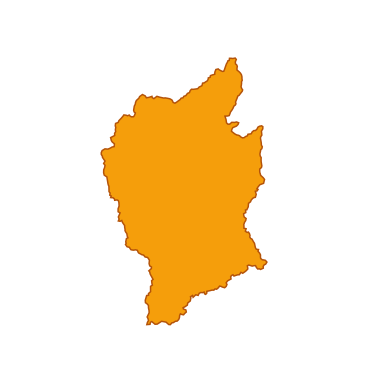 Dom Feliciano, Rio Grande do Sul, Brazil (orthographic projection), rotated 214°
{"feature_id": "56859067B48713778457520", "entity_name": "Dom Feliciano", "entity_type": "district", "adm_level": 2, "iso_a3": "BRA", "parent_name": "Brazil", "parent_adm1": "Rio Grande do Sul", "projection": "orthographic", "projection_center": [-52.217, -30.609], "detail": "fine", "context": "isolated", "style": "filled", "palette": "amber", "viewbox_px": 384, "rotation_deg": 214, "n_neighbors": 0, "source": "geoboundaries", "source_scale": "gbopen_adm2", "svg_char_len": 5312}
<svg xmlns="http://www.w3.org/2000/svg" viewBox="0 0 384 384"><g transform="rotate(214 192 192)"><path d="M231.1,327.2L232.8,325.5L234.4,324.7L235.7,323.8L234.7,321.9L235.6,320.9L235.2,319.3L235.1,317.5L234.2,314.0L233.5,311.5L233.2,309.8L234.3,308.9L237.8,308.5L239.1,308.7L240.7,306.9L240.1,304.2L239.0,302.3L240.7,300.3L241.8,298.8L241.1,297.3L242.3,295.7L241.6,294.4L241.5,292.6L242.2,291.1L242.9,289.3L244.1,288.2L243.2,285.7L244.8,282.9L245.0,280.9L246.8,279.2L248.4,277.8L249.9,276.9L250.2,275.1L249.7,273.0L250.9,271.2L251.0,268.5L252.3,266.7L252.1,265.1L253.5,263.7L253.5,262.1L255.0,257.9L255.8,256.1L257.7,255.7L259.8,257.0L261.7,257.0L263.0,256.7L264.9,255.9L266.9,255.0L267.9,254.1L270.2,253.2L271.9,252.5L274.6,251.7L275.8,248.1L277.7,248.0L278.7,248.9L280.5,246.5L282.5,244.6L284.5,245.5L287.6,245.1L288.8,241.8L288.5,240.4L288.8,238.7L289.3,236.8L288.9,234.7L288.1,233.0L287.9,231.0L286.1,227.1L284.7,226.0L283.2,225.9L282.6,223.8L282.5,221.8L284.1,220.5L285.6,220.3L287.1,220.7L288.0,219.2L289.6,218.8L291.6,217.8L291.6,216.2L291.9,213.7L292.5,210.3L292.1,208.4L293.7,206.1L292.6,203.9L291.4,203.0L290.3,200.7L289.0,199.3L289.0,197.4L287.7,195.6L289.9,191.6L287.6,189.5L285.9,188.8L283.3,188.6L281.9,186.1L283.4,184.6L284.3,182.7L285.7,180.5L288.3,179.1L289.7,176.1L289.2,173.8L288.2,172.4L286.4,171.6L285.5,170.6L283.0,169.6L281.4,169.0L281.2,166.2L279.0,165.5L278.1,163.3L277.6,161.0L276.0,158.5L274.2,156.9L271.0,156.9L266.3,151.9L265.3,151.0L264.1,150.3L261.0,145.9L259.3,145.3L258.4,143.4L256.7,143.5L256.3,141.9L254.1,143.1L252.5,142.9L251.5,141.9L249.7,143.5L248.3,143.7L246.7,142.4L244.6,139.6L243.9,136.8L242.2,134.3L240.0,134.5L239.5,132.3L239.1,130.1L237.3,128.8L236.9,126.8L235.2,127.5L234.3,129.1L232.6,127.9L230.9,127.2L229.1,126.5L228.1,125.1L226.7,123.7L225.9,122.5L224.5,121.7L222.8,121.1L220.8,119.0L219.5,118.2L220.3,116.7L219.7,115.2L219.0,113.5L217.9,112.8L217.8,111.3L215.2,110.3L213.0,111.1L210.5,110.0L209.3,110.4L207.8,111.2L206.5,112.5L204.7,113.1L202.7,111.8L201.5,111.6L200.3,111.9L198.8,111.9L196.8,112.6L194.6,111.9L192.2,112.9L189.2,111.7L187.5,108.6L185.7,107.1L183.7,107.2L182.9,105.8L183.7,102.5L182.5,102.2L180.8,100.6L179.1,99.7L175.4,97.8L175.9,95.9L173.9,93.6L172.8,92.7L173.6,90.6L171.6,87.6L170.6,86.2L171.3,83.5L170.3,82.1L171.7,80.8L170.2,76.1L168.7,74.2L166.9,74.2L164.7,73.6L163.2,71.5L161.4,69.8L160.0,67.9L159.3,63.3L157.6,62.4L156.1,60.9L156.1,59.1L155.3,56.8L152.8,58.8L153.6,60.7L152.9,62.1L148.7,61.7L146.9,63.1L144.9,67.8L140.8,69.6L137.2,69.1L135.8,69.9L135.5,72.3L134.4,73.3L133.5,75.5L132.1,76.7L131.7,78.9L132.2,80.9L133.2,82.7L133.5,84.5L131.8,84.8L130.3,85.5L130.2,87.1L129.6,89.3L131.1,90.8L133.7,90.2L134.7,91.1L133.7,92.8L132.6,95.6L133.5,97.6L132.5,100.7L133.7,103.5L134.7,104.3L133.7,106.5L132.2,105.3L131.4,108.9L129.1,109.7L129.4,112.0L128.5,113.6L126.9,114.5L126.0,115.8L124.6,114.6L123.4,114.8L123.2,116.5L124.2,117.9L121.8,120.4L120.6,121.8L119.0,122.9L118.7,124.5L117.2,125.2L116.6,127.3L116.5,129.4L115.2,130.0L113.9,130.1L111.4,130.9L110.9,132.8L111.3,134.9L112.9,135.8L112.8,138.2L111.7,140.4L111.0,141.7L112.6,143.4L112.5,144.9L111.8,146.3L110.2,145.8L109.1,147.3L107.9,148.8L106.5,149.9L106.5,152.8L104.5,153.0L103.6,155.3L103.0,157.2L102.7,159.4L103.6,160.5L104.9,161.8L104.1,163.2L102.2,163.8L100.7,164.2L99.4,165.6L98.2,166.5L96.3,165.4L94.4,164.9L93.2,166.0L91.9,166.1L91.0,167.5L90.3,168.7L91.4,170.2L91.4,172.1L90.6,173.3L90.7,175.8L92.9,176.4L94.5,175.8L95.8,175.1L97.9,175.3L98.9,176.4L100.0,178.1L101.5,179.0L102.7,179.4L104.2,179.8L104.7,181.5L106.7,180.5L108.3,181.3L110.1,183.0L111.5,184.4L113.2,185.1L114.6,185.8L115.9,186.5L117.4,186.3L119.0,187.0L119.5,188.3L121.2,189.7L122.9,190.3L123.8,189.3L125.8,189.3L126.6,191.8L128.7,191.0L129.9,192.8L130.9,194.0L131.5,196.4L131.5,198.3L132.3,200.3L134.6,200.4L135.8,201.3L137.1,202.9L135.9,205.0L137.6,207.0L136.6,207.9L136.9,209.8L137.1,211.2L138.8,214.2L138.0,216.6L138.4,218.3L138.1,220.7L137.5,222.0L136.5,223.0L137.4,225.9L139.9,228.0L138.6,229.4L138.7,231.1L140.0,230.8L140.1,233.1L139.8,236.0L137.5,239.2L138.9,243.0L141.0,243.7L142.4,243.9L144.4,244.2L145.5,245.2L146.8,246.2L147.8,247.5L148.7,249.0L148.1,251.1L148.7,252.7L150.2,254.3L151.7,255.9L153.0,257.7L153.9,259.2L155.6,260.0L157.0,261.5L157.9,263.8L158.7,265.6L158.3,266.9L159.0,268.8L160.7,269.7L162.0,271.4L163.8,273.3L165.2,274.7L165.9,276.1L165.9,278.2L167.3,279.9L168.5,281.3L168.6,283.9L169.8,285.8L171.3,285.8L172.8,284.3L173.6,282.7L173.3,280.4L173.8,278.4L175.0,277.6L175.7,275.7L175.5,273.4L176.5,272.4L177.9,271.2L177.5,269.6L178.7,267.8L179.1,266.3L180.4,265.1L182.8,264.9L184.0,265.3L185.5,264.9L186.9,264.3L189.1,264.1L193.2,264.4L193.9,265.9L194.2,268.1L192.0,271.5L191.6,273.7L192.0,275.5L194.2,275.0L195.6,273.5L198.0,272.0L198.7,269.3L200.2,268.3L202.0,268.6L204.4,271.2L207.1,273.3L205.0,274.9L203.9,276.2L204.3,278.0L204.8,279.9L204.7,282.1L204.8,284.2L205.3,286.6L204.7,288.4L204.9,289.7L206.2,290.9L206.7,293.1L207.2,295.5L207.7,297.1L207.0,298.5L206.9,300.6L206.7,303.6L207.1,305.0L208.7,305.6L210.2,306.7L210.8,308.1L211.6,309.7L212.6,311.1L212.8,312.6L214.1,314.1L215.0,315.4L216.5,316.8L218.2,317.6L220.0,318.0L222.9,318.3L224.0,319.9L224.7,321.5L226.1,322.4L227.5,322.5L228.8,324.0L229.4,326.7L231.1,327.2Z" fill="#f59e0b" stroke="#b45309" stroke-width="1.5"/></g></svg>